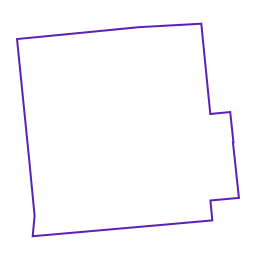 Bond, Illinois, United States of America, rotated 175°
{"feature_id": "52423323B7172097190343", "entity_name": "Bond", "entity_type": "district", "adm_level": 2, "iso_a3": "USA", "parent_name": "United States of America", "parent_adm1": "Illinois", "projection": "orthographic", "projection_center": [-89.477, 38.884], "detail": "fine", "context": "isolated", "style": "outline", "palette": "violet", "viewbox_px": 256, "rotation_deg": 175, "n_neighbors": 0, "source": "geoboundaries", "source_scale": "gbopen_adm2", "svg_char_len": 320}
<svg xmlns="http://www.w3.org/2000/svg" viewBox="0 0 256 256"><g transform="rotate(175 128 128)"><path d="M232.4,28.5L52.1,28.6L52.2,48.6L23.6,48.7L24.7,104.5L24.2,104.5L24.8,135.0L44.8,134.8L45.9,225.5L108.0,227.5L230.8,226.3L229.2,105.1L228.7,48.6L232.4,28.5Z" fill="none" stroke="#5b21b6" stroke-width="2"/></g></svg>